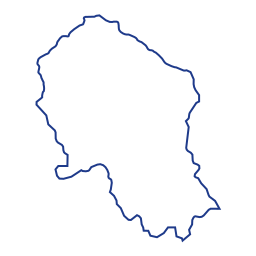 the Autonomous Community of Córdoba
{"feature_id": "ESP-5817", "entity_name": "Córdoba", "entity_type": "Autonomous Community", "adm_level": 1, "iso_a3": "ESP", "parent_name": "Spain", "parent_adm1": "", "projection": "orthographic", "projection_center": [-4.923, 37.957], "detail": "fine", "context": "isolated", "style": "outline", "palette": "blue", "viewbox_px": 256, "rotation_deg": 0, "n_neighbors": 0, "source": "natural_earth", "source_scale": "10m", "svg_char_len": 2753}
<svg xmlns="http://www.w3.org/2000/svg" viewBox="0 0 256 256"><path d="M219.5,208.8L210.7,208.7L208.7,209.8L203.7,215.5L201.7,216.8L199.6,217.1L195.3,216.3L194.4,216.6L193.5,217.6L192.3,220.0L192.1,224.5L189.1,229.8L190.1,234.3L182.6,240.6L181.9,238.3L176.5,236.4L175.1,227.4L168.0,227.4L163.8,233.1L157.0,237.2L150.4,235.7L148.3,230.8L143.7,230.7L143.2,227.5L141.7,224.4L140.9,218.3L139.2,216.3L137.0,215.2L130.9,220.0L128.5,219.8L124.1,215.8L120.8,208.1L116.8,204.1L116.5,200.5L114.0,195.8L109.9,192.1L110.8,189.5L111.8,182.8L111.3,180.0L110.7,179.2L109.2,178.4L108.6,177.7L108.3,176.5L108.6,174.5L108.6,173.4L107.3,170.0L105.5,167.2L103.2,165.2L100.3,164.2L97.4,164.6L91.3,167.1L89.2,170.2L88.4,170.8L85.8,171.3L82.6,171.0L81.3,170.2L71.4,176.7L63.5,178.8L59.4,178.6L57.0,175.7L55.5,169.4L58.3,166.0L67.4,166.0L67.6,154.9L64.8,153.1L64.0,152.2L63.4,150.3L63.1,146.6L61.9,144.9L58.0,142.6L56.7,141.2L55.7,138.6L55.6,132.4L54.8,130.4L48.3,124.4L46.3,115.4L36.5,104.7L36.6,101.9L41.6,97.9L42.2,97.2L42.1,96.3L42.2,95.2L42.6,93.2L42.9,92.1L43.8,91.1L44.1,89.1L44.1,88.0L44.0,86.9L43.9,85.9L43.6,84.8L43.6,83.7L43.6,82.7L43.5,82.1L42.4,80.0L42.1,79.2L41.7,78.5L41.4,77.8L41.0,76.1L40.7,75.4L40.4,74.7L39.8,74.2L39.3,73.6L38.8,73.1L38.4,72.5L38.4,71.8L38.7,70.3L38.9,69.5L39.2,68.0L39.3,67.2L39.2,66.5L38.9,65.8L37.9,64.6L37.5,64.0L37.4,63.2L37.5,62.5L38.3,59.4L39.1,58.4L40.6,57.2L45.7,54.4L47.6,53.7L48.5,53.1L49.6,51.1L50.3,50.2L52.0,48.6L55.5,46.3L56.4,45.0L56.9,44.0L57.0,43.1L57.3,42.3L57.7,41.4L58.4,40.6L59.5,39.0L60.1,38.2L62.1,36.4L63.6,36.1L65.9,36.1L67.3,36.4L67.9,36.4L68.5,36.2L68.8,35.5L68.9,34.8L69.2,34.2L69.5,33.6L70.0,33.0L70.6,32.2L74.3,29.1L79.6,25.5L82.9,24.4L83.4,23.7L83.6,22.9L84.0,22.0L84.5,20.4L84.2,19.3L83.8,18.3L84.1,17.5L85.4,16.9L94.4,16.7L96.3,15.8L99.4,15.4L105.9,20.3L109.7,21.9L112.2,22.0L113.5,21.7L116.9,21.7L118.0,22.3L118.4,23.3L118.7,25.6L118.7,26.7L118.9,29.0L119.4,30.4L120.8,32.0L123.1,33.5L124.8,34.2L126.3,34.5L128.5,34.5L129.9,35.0L134.6,37.1L136.1,38.1L137.0,39.2L137.4,40.1L139.5,41.4L141.5,42.1L145.6,45.3L146.6,46.6L147.2,47.8L148.1,49.2L149.0,49.8L150.1,50.2L151.1,50.2L152.7,50.6L154.1,51.8L155.8,52.6L158.8,55.2L162.1,58.6L164.3,61.9L165.4,63.1L166.6,63.9L171.6,66.2L174.6,67.2L176.2,67.4L183.6,70.5L184.9,70.6L186.6,70.3L190.3,72.0L190.6,72.2L193.7,79.3L193.6,84.1L194.2,87.2L195.6,90.2L199.1,95.1L199.1,101.5L196.3,102.9L189.8,112.7L189.3,114.0L188.8,117.9L188.3,118.8L185.9,121.1L188.7,127.0L186.2,147.9L186.7,149.6L187.9,151.0L190.8,152.7L192.4,154.6L192.7,160.6L193.7,163.1L197.6,164.6L199.2,165.8L199.4,168.4L198.5,170.0L195.0,174.1L194.6,176.2L195.5,177.2L198.2,178.2L201.2,183.3L206.6,189.1L208.5,194.8L209.4,196.6L215.1,200.9L219.5,208.8Z" fill="none" stroke="#1e3a8a" stroke-width="2"/></svg>